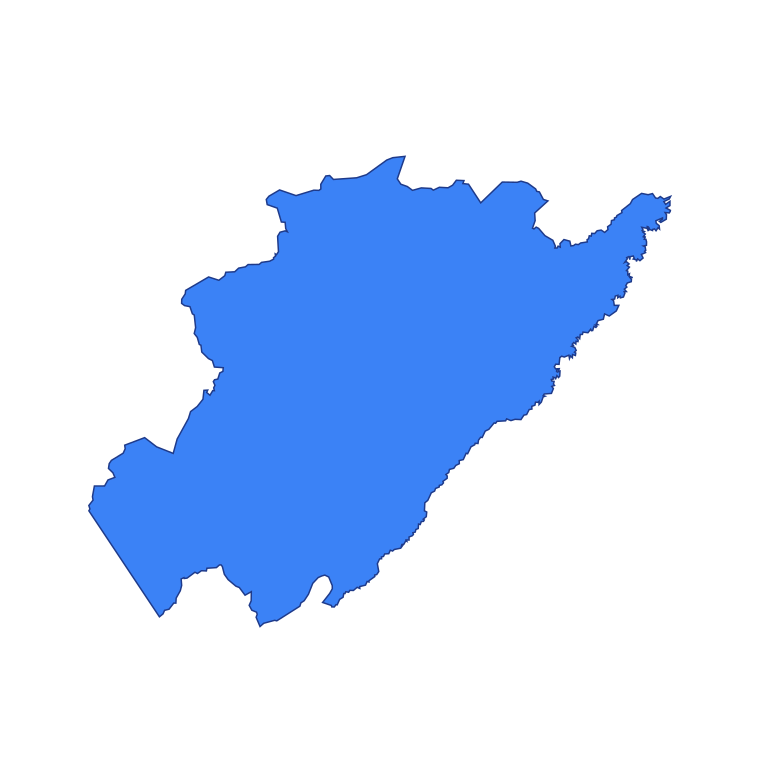 the district of Ahafo Ano North, Ashanti, Ghana, rotated 172°
{"feature_id": "2480657B6504340506710", "entity_name": "Ahafo Ano North", "entity_type": "district", "adm_level": 2, "iso_a3": "GHA", "parent_name": "Ghana", "parent_adm1": "Ashanti", "projection": "albers", "projection_center": [-2.252, 6.91], "detail": "fine", "context": "isolated", "style": "filled", "palette": "blue", "viewbox_px": 768, "rotation_deg": 172, "n_neighbors": 0, "source": "geoboundaries", "source_scale": "gbopen_adm2", "svg_char_len": 6137}
<svg xmlns="http://www.w3.org/2000/svg" viewBox="0 0 768 768"><g transform="rotate(172 384 384)"><path d="M548.3,183.6L546.4,178.4L542.0,175.8L541.6,173.6L543.1,170.8L540.5,161.1L536.4,163.8L525.2,165.2L523.1,164.4L498.2,175.7L496.8,178.8L493.2,180.5L488.1,186.3L482.3,196.5L476.1,201.5L472.2,202.6L469.2,203.0L465.6,200.6L463.3,191.6L463.7,188.4L466.9,184.2L475.2,176.2L466.9,172.0L466.8,170.6L464.3,170.1L462.2,172.2L461.1,171.8L457.9,176.9L454.2,178.5L453.0,182.1L451.8,181.9L450.7,183.6L448.0,182.7L446.5,184.4L443.0,183.8L438.9,186.4L436.4,184.9L436.3,186.8L430.3,187.4L428.2,190.8L426.4,190.0L426.2,191.3L419.9,194.6L419.8,196.1L417.7,196.3L415.3,199.0L415.6,207.0L412.7,211.4L410.7,211.3L410.6,213.1L408.5,213.3L407.0,215.6L402.9,215.3L400.9,218.5L398.7,217.4L396.8,218.7L390.3,219.1L388.0,221.5L389.2,221.3L388.6,222.6L386.7,222.5L384.3,225.6L383.3,225.0L383.7,226.5L380.9,226.0L380.5,229.0L377.1,229.8L375.8,230.9L376.1,232.7L373.7,233.0L372.7,235.5L370.2,236.1L369.3,240.5L367.7,239.8L366.2,242.6L364.0,242.5L363.0,243.8L364.0,244.7L360.6,246.7L359.5,251.3L361.6,252.8L360.1,260.7L356.8,262.7L352.3,269.7L348.8,270.9L347.5,273.4L343.7,274.3L343.3,275.9L340.8,276.1L338.9,277.8L339.2,279.4L334.6,281.8L334.2,284.1L335.3,285.8L332.2,287.3L331.1,290.3L326.6,290.8L324.2,293.4L320.5,294.6L320.2,297.7L316.0,298.1L312.3,304.0L310.9,303.3L306.6,309.7L302.6,311.2L302.0,312.6L299.2,312.0L298.2,315.3L295.7,317.8L294.2,317.4L290.3,323.3L286.5,324.5L280.4,330.1L278.9,329.6L277.3,331.3L268.7,330.6L267.4,332.4L263.4,330.1L259.1,330.8L253.3,329.7L249.8,333.7L247.0,333.9L243.8,338.5L241.0,338.6L240.8,341.3L237.5,342.0L236.5,344.9L234.1,344.4L232.8,345.4L233.3,342.1L230.7,344.2L228.2,349.1L226.2,349.5L227.9,350.4L226.7,351.8L219.5,351.4L216.9,355.9L218.2,358.3L215.4,358.8L216.2,360.3L215.2,362.9L217.4,363.6L217.7,365.2L215.6,365.3L215.6,367.3L213.5,366.3L213.6,364.7L211.6,368.2L210.3,366.1L208.9,367.3L207.9,372.3L210.7,371.7L211.4,372.6L210.9,373.9L209.0,373.3L208.3,374.8L211.9,375.1L213.0,377.3L211.2,379.7L207.9,379.1L206.2,385.7L204.2,386.8L201.7,385.6L196.9,386.8L196.8,383.4L195.4,385.8L193.8,383.8L193.2,387.0L190.5,385.6L189.8,388.0L191.0,389.0L189.0,390.5L190.0,393.7L192.9,395.3L191.1,395.9L192.0,397.3L190.3,398.7L188.5,396.9L187.9,399.6L186.0,399.0L185.6,400.5L187.3,403.0L185.5,403.6L183.9,401.6L182.8,405.7L180.6,405.5L179.7,407.7L174.9,406.4L171.7,409.5L171.2,407.9L169.9,407.9L168.1,411.8L166.3,410.5L165.2,411.5L166.6,413.0L163.9,413.0L165.2,414.3L163.2,417.0L157.8,417.6L155.8,422.7L151.5,420.0L143.8,424.0L140.5,429.2L145.0,429.8L145.1,434.6L146.5,436.0L143.8,436.0L142.7,438.9L140.0,439.3L140.5,436.9L138.1,438.1L137.9,436.4L134.8,436.8L132.8,440.4L133.3,442.0L131.1,441.8L132.8,444.5L130.0,446.2L130.9,447.7L129.0,450.2L124.9,450.9L124.4,453.1L125.7,455.3L122.9,454.7L126.3,456.7L125.6,459.0L127.4,458.3L126.9,461.8L128.1,462.5L124.7,465.6L126.8,467.4L124.6,468.8L127.0,471.5L128.6,471.0L125.6,474.2L126.1,475.4L123.9,476.1L123.2,473.0L122.6,475.8L119.4,476.1L118.7,473.8L119.8,473.1L116.8,471.8L117.0,470.2L115.4,472.6L113.4,470.5L109.9,472.7L111.1,476.5L106.7,477.7L107.5,479.2L106.2,479.9L106.3,483.5L107.9,484.6L104.8,484.8L104.2,488.2L104.5,490.8L106.1,491.1L104.5,493.8L105.5,492.9L106.8,493.7L104.4,496.1L106.5,498.4L105.0,498.8L107.0,500.1L106.1,501.0L106.9,503.3L101.7,501.5L101.4,503.3L100.4,502.8L99.7,501.4L101.5,500.5L101.1,499.2L99.3,500.0L96.7,498.6L96.4,499.7L94.5,499.9L93.3,497.9L90.9,500.6L89.6,499.1L89.5,502.6L92.0,505.2L92.1,507.8L85.1,509.7L85.3,508.5L88.7,506.7L87.4,505.5L81.5,507.9L80.7,512.3L81.8,514.7L77.7,513.7L76.6,515.0L76.2,516.1L80.2,519.0L76.0,520.9L75.4,525.1L80.1,522.7L81.5,525.7L75.8,527.5L74.1,529.9L81.1,528.2L84.3,531.2L87.0,529.7L89.2,530.4L91.6,535.2L96.1,534.7L102.4,536.9L112.2,532.1L115.0,528.3L124.6,522.7L124.5,520.6L129.9,518.4L130.6,516.9L132.6,516.4L133.0,514.6L136.0,514.2L136.9,510.6L140.7,508.6L140.7,505.8L144.4,503.4L147.5,506.2L151.6,506.1L154.4,503.7L157.3,504.3L158.2,501.6L160.1,502.2L161.2,499.3L162.8,498.7L162.9,496.4L169.6,496.3L172.1,495.0L175.0,495.8L177.0,494.7L179.7,494.7L180.1,499.6L185.7,502.0L190.2,498.5L190.4,495.0L192.4,496.3L193.6,494.6L195.9,494.9L195.1,496.5L196.8,502.8L204.0,508.5L209.2,516.6L211.5,518.2L213.9,516.7L215.3,517.6L211.6,524.7L211.0,532.4L196.2,542.5L200.5,544.6L203.4,552.6L205.9,553.5L206.7,556.1L213.7,562.9L220.1,565.8L224.0,565.2L238.8,567.5L263.0,549.9L272.5,570.1L278.0,571.5L276.5,574.3L284.0,575.7L288.4,571.3L293.3,569.4L301.8,571.1L308.2,569.1L310.2,571.1L319.8,573.0L328.8,571.8L333.4,576.3L339.5,579.5L342.3,585.3L331.5,606.5L343.8,606.9L350.1,605.4L372.2,593.7L382.4,592.0L405.6,593.6L408.8,598.0L412.7,598.1L418.8,590.6L419.4,585.9L421.5,584.8L426.5,585.7L444.9,582.8L460.4,590.7L471.8,586.0L474.9,583.1L474.7,577.9L465.2,573.0L463.1,558.7L459.4,557.9L459.7,551.6L458.5,548.2L460.6,549.4L465.8,548.8L468.8,545.1L470.1,529.7L472.5,527.0L473.6,528.0L473.7,525.6L475.8,524.5L475.9,523.0L480.2,521.5L488.3,521.5L491.0,519.8L502.0,521.2L504.9,519.3L511.8,519.0L516.2,515.9L525.1,516.7L526.6,513.4L533.1,509.7L542.8,514.4L567.4,504.3L568.3,500.9L572.5,496.1L573.2,492.0L570.6,489.4L565.4,487.6L564.0,480.2L562.3,478.7L562.7,466.0L564.9,460.4L562.4,456.1L561.4,448.9L559.9,447.9L560.0,441.0L554.3,433.6L550.7,431.1L549.6,424.4L540.9,422.5L541.8,418.9L545.1,417.8L547.9,412.0L551.2,411.8L552.7,410.1L551.6,406.2L553.2,403.9L552.9,401.0L554.5,401.3L557.9,397.1L560.8,400.3L559.4,402.5L563.2,402.8L565.4,394.1L572.1,387.7L579.4,383.6L582.5,377.0L596.5,358.3L602.4,344.6L617.9,353.4L628.5,364.2L649.3,359.5L649.3,355.9L651.9,351.8L664.6,346.3L667.2,343.4L668.6,338.7L664.8,333.8L663.5,329.0L670.7,327.4L674.9,321.9L685.0,323.3L688.4,313.0L688.3,309.5L693.2,304.8L692.6,301.2L693.9,299.5L638.8,184.7L634.8,187.1L632.8,190.4L628.2,190.9L622.7,196.3L620.6,196.0L619.6,200.9L614.5,207.6L612.4,212.7L612.0,219.2L609.0,220.1L608.9,219.2L606.0,219.2L597.4,223.9L595.1,222.3L590.8,224.5L585.9,223.6L585.0,226.2L575.5,225.5L572.2,227.7L570.6,227.6L569.5,225.8L568.6,217.8L565.6,212.0L558.8,204.4L555.6,202.6L551.0,194.2L544.3,196.8L545.7,187.8L548.3,183.6Z" fill="#3b82f6" stroke="#1e3a8a" stroke-width="1.5"/></g></svg>